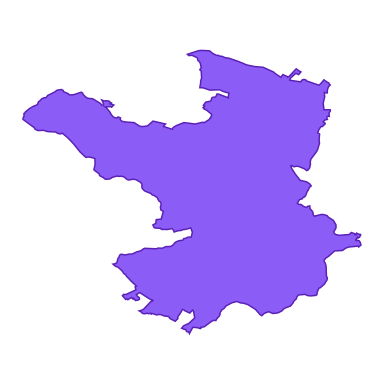 the district of Romanasi, Salaj, Romania
{"feature_id": "2599482B65987925441026", "entity_name": "Romanasi", "entity_type": "district", "adm_level": 2, "iso_a3": "ROU", "parent_name": "Romania", "parent_adm1": "Salaj", "projection": "natural_earth1", "projection_center": [23.168, 47.11], "detail": "fine", "context": "isolated", "style": "filled", "palette": "violet", "viewbox_px": 384, "rotation_deg": 0, "n_neighbors": 0, "source": "geoboundaries", "source_scale": "gbopen_adm2", "svg_char_len": 5983}
<svg xmlns="http://www.w3.org/2000/svg" viewBox="0 0 384 384"><path d="M324.4,284.1L327.1,279.8L327.3,277.6L326.5,276.4L326.4,275.2L326.1,266.3L325.3,263.2L324.3,261.8L324.1,260.4L325.7,258.2L328.5,256.4L334.7,250.9L342.5,250.5L345.8,248.1L349.0,247.0L358.2,246.1L358.7,247.0L361.0,245.0L360.2,242.3L359.2,240.8L357.0,240.3L356.4,240.8L355.9,240.5L355.8,239.7L356.4,239.3L357.4,237.2L358.2,238.0L359.5,237.2L360.7,235.0L360.6,234.5L357.9,233.9L356.6,233.1L356.1,234.7L355.2,234.9L354.8,234.6L354.7,233.7L351.3,232.5L349.3,234.5L339.3,235.3L335.4,234.4L334.1,233.0L333.8,231.9L336.0,228.0L336.0,224.8L333.4,220.4L328.4,217.2L327.1,215.6L323.8,214.6L321.7,214.4L314.2,216.2L313.3,214.8L313.0,212.8L312.2,211.0L310.0,208.6L309.8,205.9L307.7,206.3L306.5,207.4L303.5,206.4L301.6,204.8L300.2,204.3L299.0,204.5L297.3,203.3L299.5,199.6L302.1,198.9L303.0,197.6L304.7,196.8L305.7,195.5L307.3,191.3L308.1,190.4L309.5,187.3L311.0,186.3L311.1,185.6L309.4,183.6L306.3,181.7L300.3,180.4L295.3,174.1L292.0,168.9L290.7,166.1L291.3,165.5L294.2,166.8L296.1,166.2L298.5,166.4L304.5,168.8L306.7,170.6L307.8,170.2L309.6,168.0L310.5,163.9L310.2,162.5L310.8,159.3L316.5,151.7L317.6,149.6L319.5,143.2L319.1,139.6L319.6,134.0L317.7,132.7L318.9,129.7L320.8,126.7L322.7,126.5L323.0,125.5L323.8,125.3L324.0,124.7L325.1,124.0L325.2,123.3L323.2,121.8L324.7,120.1L327.4,119.4L326.8,118.0L326.9,116.9L328.3,116.1L329.3,116.4L329.0,113.1L330.4,110.9L330.3,109.8L324.0,109.7L323.2,103.2L324.7,96.8L324.4,92.5L327.1,93.0L327.4,91.8L327.3,90.2L328.4,86.9L330.2,85.0L329.4,84.4L328.7,82.8L326.6,81.9L324.0,79.8L320.8,83.6L319.0,85.2L306.7,81.0L306.1,80.1L304.0,79.4L301.7,80.2L300.8,81.9L290.3,80.3L289.7,80.1L290.5,78.2L295.8,73.3L298.6,74.6L301.0,71.9L298.7,70.7L296.2,68.8L289.0,76.5L287.6,77.1L287.4,76.6L282.8,74.6L280.9,77.3L275.4,73.7L273.7,72.1L263.2,67.3L254.3,66.5L247.0,65.0L237.7,61.2L228.9,58.2L225.2,57.7L222.0,56.3L219.9,56.2L218.6,55.4L216.3,55.3L212.6,53.3L209.5,50.8L201.6,50.4L198.4,50.7L187.4,54.3L188.8,55.6L192.0,55.3L197.1,57.7L197.6,58.5L197.8,60.4L198.8,61.0L200.3,63.3L201.2,67.5L199.8,69.8L201.2,70.9L201.6,77.8L200.6,81.2L200.7,82.5L199.8,87.7L203.0,87.8L209.7,90.1L219.9,89.8L223.2,91.5L228.9,93.1L228.2,96.9L228.4,97.8L219.1,94.3L217.1,93.9L215.7,96.9L212.4,97.4L211.6,98.2L211.1,100.5L210.6,101.1L205.6,102.2L203.4,105.3L204.7,106.0L203.0,107.7L204.4,108.6L204.2,109.1L206.5,110.1L211.0,113.8L211.8,115.1L210.9,116.6L210.9,117.7L209.8,118.2L209.5,119.3L204.0,122.8L202.8,122.2L195.2,124.0L183.9,122.6L176.5,125.5L173.1,127.5L172.3,129.3L163.6,126.5L163.6,125.9L165.5,124.0L153.0,121.1L147.5,125.9L142.3,126.6L139.5,126.1L134.1,122.6L125.5,122.0L121.7,121.2L120.2,119.6L120.5,117.9L118.8,117.2L117.9,117.0L117.0,118.0L115.0,117.8L113.2,116.9L111.3,114.6L109.8,111.9L106.3,107.7L105.1,106.9L110.2,106.6L111.6,107.2L113.8,105.0L110.2,103.8L111.4,103.0L109.4,101.7L109.1,101.1L105.6,100.7L104.2,101.0L101.8,100.0L103.0,102.4L103.6,104.7L102.6,105.4L101.7,105.0L100.5,103.5L93.5,99.2L92.3,98.7L87.9,98.3L86.5,97.6L84.0,95.4L82.9,94.0L82.5,92.9L81.2,92.2L73.7,94.7L69.9,94.9L69.1,94.7L68.3,93.7L63.6,91.7L63.1,90.4L61.5,89.5L57.0,90.2L54.7,92.0L47.6,95.5L46.1,97.6L44.1,97.8L41.8,98.7L40.4,100.3L38.4,101.9L37.4,104.7L33.3,106.3L29.3,108.7L25.3,112.0L24.8,113.2L24.0,113.4L23.9,116.7L23.1,117.8L23.0,119.4L34.0,127.5L35.3,129.4L38.1,130.6L43.5,130.3L47.6,131.6L55.7,132.0L57.7,133.4L60.4,134.0L62.1,133.1L67.8,137.8L73.5,143.8L80.1,152.0L85.1,156.8L86.1,157.4L88.1,156.9L92.8,157.8L94.9,158.7L95.1,164.5L93.9,169.5L94.2,170.2L98.9,173.6L99.7,175.7L103.2,177.5L104.9,179.0L106.1,179.3L109.9,178.9L112.5,177.3L117.1,176.0L118.2,176.4L121.3,176.2L124.2,177.0L126.9,179.4L128.5,180.0L133.6,179.2L136.0,179.7L140.5,182.3L141.7,183.8L142.0,184.8L141.8,186.6L142.2,188.3L143.7,190.1L145.3,191.3L151.1,193.6L151.9,194.7L154.4,195.7L157.2,197.6L158.9,201.0L160.4,202.0L160.9,202.8L161.1,204.6L160.4,207.1L160.8,209.9L163.3,211.4L161.2,219.1L156.2,219.6L155.8,223.4L152.9,224.9L153.8,227.2L154.9,228.0L160.4,228.3L161.4,229.4L167.4,229.5L172.1,228.6L173.5,230.2L174.1,232.0L177.9,230.8L181.3,230.4L183.5,229.5L184.8,229.5L189.8,228.3L190.6,227.8L191.4,229.0L191.4,230.1L192.4,232.0L191.2,237.2L188.1,237.1L185.4,238.4L183.7,238.6L183.2,239.8L182.3,240.3L179.4,240.6L176.3,241.7L174.9,242.7L172.7,245.3L170.5,246.5L166.0,246.6L162.3,248.2L158.0,248.1L156.3,248.8L144.7,248.3L143.0,249.1L141.0,250.7L136.7,251.9L132.2,254.0L129.1,254.1L124.9,255.0L121.5,254.2L120.7,254.4L119.6,255.2L119.2,256.7L118.0,258.4L116.8,262.8L114.9,263.8L113.0,264.1L115.6,266.4L117.7,267.0L121.2,270.0L122.7,271.6L123.6,273.4L125.7,274.8L126.4,276.1L132.1,282.1L136.4,286.0L135.1,286.9L135.9,289.9L126.3,294.3L124.6,294.6L123.7,294.3L122.4,295.7L125.7,299.5L127.1,298.8L127.9,299.7L131.3,297.5L132.9,299.0L133.1,298.2L133.9,298.5L135.4,300.5L138.1,300.1L139.5,299.2L139.3,297.7L137.3,296.1L136.4,294.6L139.8,292.6L149.0,298.6L152.9,300.4L152.0,301.4L151.2,301.2L143.9,308.9L142.3,310.0L139.2,310.9L141.5,312.2L142.4,313.4L144.8,313.8L147.2,313.2L148.6,313.8L150.0,313.3L151.3,314.1L151.8,313.4L156.9,315.0L158.0,314.5L160.8,314.6L164.2,316.0L168.6,316.5L169.9,318.5L175.2,321.3L177.9,318.6L177.7,317.6L178.0,316.5L180.2,313.5L182.5,309.4L184.4,310.1L184.6,310.6L189.7,313.1L192.6,310.1L193.2,310.5L193.7,312.2L194.7,317.9L189.0,323.3L183.7,325.7L181.6,328.2L184.1,329.3L185.8,329.6L186.6,331.6L188.9,332.1L189.4,333.6L192.8,327.3L197.6,327.7L200.3,328.6L200.9,328.3L200.9,327.3L204.2,326.8L211.9,321.1L214.1,320.3L215.8,320.6L217.0,318.5L219.3,316.1L220.0,314.5L220.2,312.4L221.9,309.9L224.2,308.3L225.9,306.0L231.9,302.8L236.9,301.5L240.5,302.9L243.4,303.2L247.9,304.6L255.5,309.4L260.2,314.8L261.9,315.7L264.2,313.4L268.6,311.7L272.9,313.5L277.9,312.9L281.6,311.1L283.7,309.0L285.6,307.8L290.4,306.1L292.8,303.3L294.1,300.9L296.4,298.8L296.7,297.2L298.4,295.0L305.0,294.4L307.6,295.6L310.9,295.9L315.9,295.4L316.8,294.8L317.4,291.6L319.1,288.0L320.2,287.8L324.4,284.1Z" fill="#8b5cf6" stroke="#5b21b6" stroke-width="1.5"/></svg>